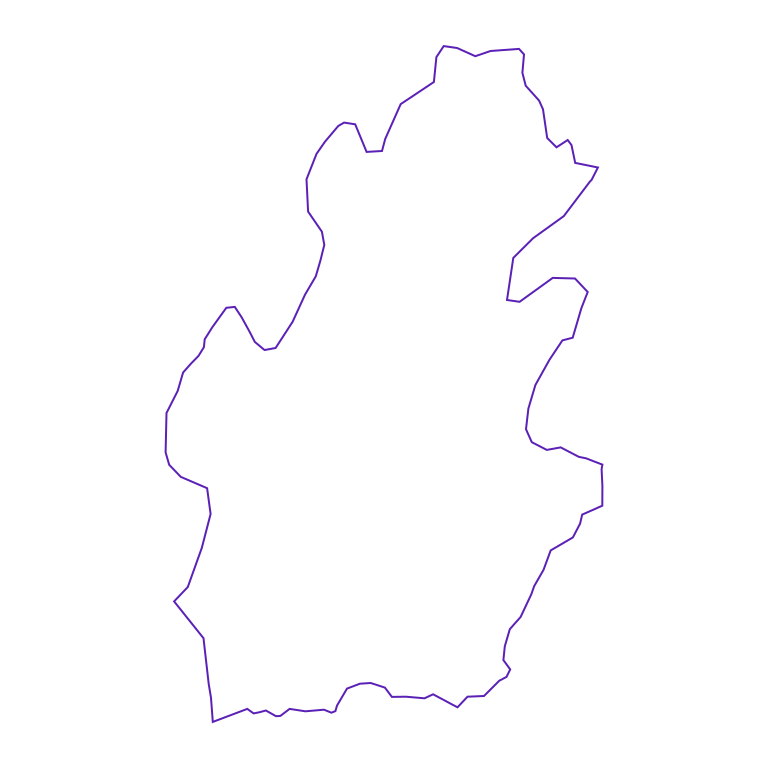 outline of Nkam, Littoral, Cameroon
{"feature_id": "32672807B89475673783386", "entity_name": "Nkam", "entity_type": "district", "adm_level": 2, "iso_a3": "CMR", "parent_name": "Cameroon", "parent_adm1": "Littoral", "projection": "robinson", "projection_center": [10.192, 4.582], "detail": "fine", "context": "isolated", "style": "outline", "palette": "violet", "viewbox_px": 768, "rotation_deg": 0, "n_neighbors": 0, "source": "geoboundaries", "source_scale": "gbopen_adm2", "svg_char_len": 1749}
<svg xmlns="http://www.w3.org/2000/svg" viewBox="0 0 768 768"><path d="M597.9,167.5L583.7,164.6L575.2,162.9L571.5,145.1L567.7,140.0L556.5,147.3L547.2,138.0L543.0,109.3L539.1,100.6L525.7,85.7L522.4,72.8L524.0,54.4L519.0,48.9L490.5,51.0L475.3,56.2L457.1,48.0L443.7,46.1L436.4,57.1L433.9,82.0L400.7,104.1L385.2,139.0L382.0,151.0L366.6,151.9L355.2,124.3L344.1,122.6L338.4,125.9L336.8,127.7L324.9,141.8L316.5,153.9L306.5,179.3L308.1,211.6L321.9,231.7L324.3,244.9L323.3,248.9L320.4,260.6L315.8,276.3L305.0,294.7L292.6,321.8L275.6,348.0L264.5,350.0L254.8,341.9L250.0,332.5L241.7,317.4L234.8,306.9L226.3,307.8L212.4,327.1L204.7,339.3L203.9,347.2L198.5,355.9L190.8,363.8L183.1,372.5L177.7,390.9L166.5,413.0L165.6,452.4L169.2,464.8L180.8,476.9L207.1,488.2L210.6,514.0L201.8,547.9L187.8,587.0L174.1,601.4L203.5,638.2L208.7,683.9L211.0,697.8L212.8,721.9L219.5,719.4L225.8,717.0L247.3,708.9L253.6,713.4L259.2,712.3L265.9,710.5L276.0,716.2L280.4,715.9L289.6,708.9L305.4,711.3L324.0,709.7L331.4,712.7L335.4,711.1L337.0,705.6L347.0,688.6L359.9,683.7L370.7,683.0L384.9,687.6L391.9,696.9L405.8,696.7L424.5,698.3L433.1,694.3L451.6,704.2L457.5,707.3L467.5,696.7L484.0,696.0L499.3,680.7L506.5,676.9L510.2,669.4L503.4,660.1L504.8,646.3L509.8,629.2L514.8,623.5L520.6,617.0L531.3,594.3L534.2,586.1L535.8,583.3L543.5,569.9L550.7,550.4L572.9,537.4L580.1,523.6L582.2,514.6L602.3,505.7L602.4,486.0L601.6,469.1L602.4,464.6L594.5,461.6L586.3,458.4L578.7,456.8L560.7,447.4L546.8,449.9L531.8,442.2L527.4,432.4L526.0,429.2L528.4,408.5L535.4,385.0L549.5,359.7L562.4,340.4L572.7,337.7L581.4,308.1L587.7,292.0L575.0,278.5L552.7,277.9L519.6,301.8L507.0,300.0L513.3,257.9L533.1,238.2L563.8,216.1L589.9,181.6L591.6,179.9L597.9,167.5Z" fill="none" stroke="#5b21b6" stroke-width="2"/></svg>